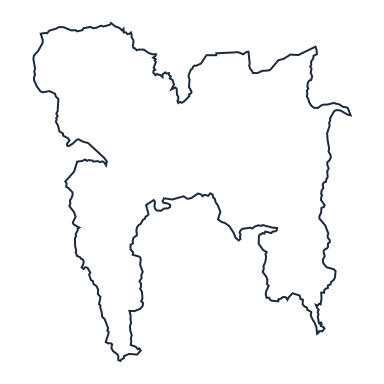 Rio Pardo, Rio Grande do Sul, Brazil (Robinson projection)
{"feature_id": "56859067B39474699620723", "entity_name": "Rio Pardo", "entity_type": "district", "adm_level": 2, "iso_a3": "BRA", "parent_name": "Brazil", "parent_adm1": "Rio Grande do Sul", "projection": "robinson", "projection_center": [-52.435, -30.08], "detail": "fine", "context": "isolated", "style": "outline", "palette": "slate", "viewbox_px": 384, "rotation_deg": 0, "n_neighbors": 0, "source": "geoboundaries", "source_scale": "gbopen_adm2", "svg_char_len": 5879}
<svg xmlns="http://www.w3.org/2000/svg" viewBox="0 0 384 384"><path d="M324.7,256.0L323.5,251.6L324.4,249.7L327.0,248.3L328.0,246.9L328.0,243.5L329.8,242.3L329.7,240.1L327.8,237.6L327.6,235.6L328.4,233.8L325.2,225.4L319.3,218.4L319.5,216.0L321.1,212.8L321.4,208.0L324.0,206.9L324.7,205.2L321.0,200.0L321.1,197.6L322.1,195.4L321.1,193.9L321.8,190.0L323.3,188.4L322.7,184.4L324.1,182.3L326.0,181.8L326.3,179.5L327.7,177.0L327.2,171.5L328.7,168.4L327.3,164.9L327.3,162.2L329.2,160.7L330.7,157.9L330.7,155.3L328.6,151.6L329.1,148.3L327.5,139.3L327.1,133.4L329.7,125.4L329.1,123.2L330.3,120.0L330.0,118.4L334.1,111.3L336.2,110.1L340.3,110.4L347.7,114.7L350.6,115.3L348.0,108.4L346.8,107.4L343.1,106.9L339.3,104.4L333.5,103.0L327.4,104.6L323.6,104.6L320.9,105.6L318.1,107.9L314.4,107.9L311.4,105.9L309.1,102.1L308.3,98.8L306.8,96.6L307.4,93.6L306.8,90.9L308.3,88.3L307.4,86.9L307.8,82.8L309.4,80.5L311.2,79.9L312.2,76.3L310.7,73.0L311.5,68.6L310.2,66.5L311.2,65.2L311.1,61.5L313.2,58.7L313.5,55.8L316.9,54.2L316.6,50.0L315.5,46.7L298.4,55.0L290.4,54.6L283.6,58.9L278.4,60.2L270.6,69.4L269.0,70.4L262.3,70.9L257.3,73.1L252.8,72.9L252.2,71.2L250.1,68.7L249.2,65.7L249.7,63.4L248.5,51.8L246.6,51.9L243.2,54.3L238.2,52.2L216.3,53.3L216.2,55.2L206.5,55.2L201.0,63.5L196.4,65.7L194.5,65.6L193.1,66.7L192.4,68.7L191.0,69.4L189.4,73.2L188.7,74.9L188.7,77.3L189.5,79.3L189.0,87.3L191.3,90.8L191.4,92.9L189.0,94.5L189.4,96.1L183.8,101.7L181.6,102.8L179.7,101.8L178.3,103.0L177.4,101.0L178.3,99.0L178.2,96.4L177.0,94.8L176.7,88.9L175.4,87.5L171.4,89.4L174.0,84.6L172.4,79.8L169.8,78.5L170.8,76.5L169.2,75.4L168.9,73.1L166.6,73.6L165.2,72.4L162.5,74.5L162.5,77.0L159.8,74.7L158.3,74.8L156.9,73.9L155.4,75.2L153.3,72.6L153.5,70.7L155.2,69.8L153.6,67.8L155.9,62.1L154.6,60.4L155.7,59.2L153.1,57.6L155.2,56.3L156.0,54.3L152.1,54.2L148.5,52.9L143.8,49.6L138.6,49.6L136.7,50.3L135.0,48.3L133.5,48.1L132.8,45.6L133.5,42.4L133.3,40.1L131.5,37.0L131.7,35.0L130.9,32.5L129.6,33.7L127.5,34.2L125.9,32.4L123.8,32.5L123.5,28.8L122.0,30.4L119.4,27.9L115.2,26.4L111.0,23.0L109.9,24.8L103.3,26.5L101.0,25.7L96.0,27.9L92.8,28.2L90.7,26.9L83.5,28.2L82.3,30.2L76.9,31.4L75.7,30.2L71.4,30.4L63.2,27.1L58.9,27.1L56.4,28.5L49.2,30.7L47.1,33.3L45.7,32.9L40.7,33.7L42.7,39.8L42.7,42.8L38.1,51.0L33.9,55.7L33.4,59.2L35.1,68.9L34.2,71.5L35.0,74.5L33.9,78.1L34.1,80.4L36.9,86.5L40.6,91.5L42.9,92.3L49.3,91.1L51.5,92.0L55.0,93.8L55.8,96.5L58.4,99.1L57.6,111.2L56.3,113.8L57.7,116.1L56.2,118.1L56.7,119.8L55.8,121.5L58.0,125.6L59.4,131.4L63.0,133.5L63.0,135.6L68.2,138.3L69.5,140.6L66.8,144.0L67.5,146.0L69.2,145.8L73.0,143.4L77.0,139.6L78.5,139.3L82.8,141.6L88.2,143.1L104.3,158.0L106.9,161.6L106.0,165.3L104.6,162.8L102.6,161.4L99.8,162.1L97.9,161.1L93.5,161.6L92.2,160.5L88.3,160.1L86.9,160.9L85.1,159.5L82.1,161.0L77.2,161.6L74.1,171.6L65.3,181.5L66.6,183.3L66.3,187.0L68.2,187.8L72.5,192.4L72.6,194.8L71.4,198.4L70.0,200.2L70.3,203.5L69.4,206.2L74.1,212.2L75.6,216.8L72.8,222.5L73.6,224.4L79.3,227.6L77.7,228.6L77.7,230.3L75.6,234.3L76.1,236.0L75.0,238.3L75.1,245.9L76.2,250.8L75.7,252.5L77.1,256.0L80.0,257.1L80.9,258.7L82.9,259.6L83.7,261.4L83.3,264.2L81.6,267.3L83.6,269.0L85.2,267.2L87.5,267.8L90.3,272.7L89.1,274.5L91.0,280.2L92.8,280.9L93.6,284.1L96.5,286.1L98.1,289.7L97.9,294.0L100.5,297.0L99.0,304.3L100.5,305.6L100.2,307.3L101.7,312.2L102.2,316.8L104.7,319.2L108.1,328.2L107.3,330.6L108.6,331.7L108.3,334.3L105.7,342.0L108.0,343.3L110.9,343.3L112.1,344.3L111.4,348.0L113.1,351.2L117.4,354.3L118.3,356.2L118.3,360.1L120.2,361.0L121.4,359.5L124.0,358.0L124.1,356.1L129.1,353.9L137.1,354.6L140.8,350.5L139.1,348.4L137.8,349.2L135.7,346.7L130.7,345.0L131.3,341.2L130.8,338.7L131.7,335.2L130.4,331.1L129.9,326.3L131.1,322.8L130.4,318.6L130.7,315.7L129.4,310.9L134.5,311.1L140.1,308.8L142.6,306.1L143.1,302.9L141.2,301.5L142.4,298.5L142.2,294.4L141.9,291.6L140.1,288.7L140.9,287.3L141.0,283.6L139.5,281.3L141.7,277.8L141.3,275.3L142.7,271.9L140.1,264.8L140.8,259.5L140.2,257.4L138.7,256.4L132.7,254.8L133.1,252.3L130.6,249.6L130.5,244.9L132.9,243.4L132.7,240.6L133.6,237.6L136.9,235.4L136.4,230.0L137.0,227.5L138.6,225.1L140.7,223.9L142.7,220.1L145.0,218.6L145.5,216.7L147.4,215.7L148.5,214.2L146.1,205.0L153.7,200.1L155.0,201.9L154.5,206.3L154.8,208.2L156.6,210.4L160.8,210.8L164.4,208.5L167.6,208.4L170.1,207.1L170.2,205.0L167.7,203.5L163.6,202.9L162.5,201.2L164.0,198.3L172.2,199.5L183.6,196.3L187.2,198.7L189.0,198.7L191.6,197.9L198.0,193.5L201.4,194.6L202.4,196.2L204.7,194.8L208.3,195.8L210.2,193.3L212.6,194.5L213.2,197.5L214.9,199.0L215.5,202.0L217.7,205.2L220.4,211.8L218.0,219.3L221.6,222.0L224.8,222.9L229.4,226.2L233.8,233.1L235.4,237.6L238.7,240.4L240.5,238.8L239.9,236.4L240.6,234.6L239.6,232.7L240.4,230.6L242.3,228.8L250.5,227.7L252.2,228.5L254.9,226.5L258.3,225.3L260.9,225.9L262.8,225.1L272.4,227.6L277.0,228.0L276.8,230.3L275.2,231.3L272.5,231.6L271.4,233.1L265.3,231.6L264.3,233.6L262.6,233.0L261.5,234.2L259.9,234.4L258.9,236.1L258.7,243.8L263.2,250.1L266.7,252.1L265.5,254.1L266.1,256.7L265.5,261.3L263.4,266.6L263.9,268.5L262.7,271.9L266.3,276.8L267.4,279.6L267.0,283.9L268.7,285.8L266.1,291.4L265.7,294.2L266.6,297.8L269.0,297.7L270.4,300.1L271.8,300.7L278.3,301.3L278.4,299.3L280.6,298.8L283.2,296.9L286.0,297.4L287.4,299.8L288.8,297.2L292.5,293.3L299.7,295.5L300.5,299.0L302.9,299.7L302.6,304.4L304.8,306.7L306.7,307.2L307.2,309.7L311.3,312.0L310.7,315.6L313.1,320.5L314.2,321.7L316.5,327.5L317.1,333.8L318.6,332.6L319.3,331.1L322.4,331.3L324.5,328.3L322.6,326.5L321.2,326.3L320.4,324.9L321.7,324.0L321.0,322.5L318.9,323.1L317.8,316.3L318.5,314.2L317.6,312.1L318.7,309.6L317.1,307.9L315.9,304.9L317.6,305.6L319.1,303.8L320.6,304.4L321.5,298.8L321.2,292.6L324.2,292.7L324.2,290.3L325.8,288.6L327.8,288.1L327.9,285.5L330.5,284.4L331.0,282.2L333.9,279.7L334.9,277.6L335.6,271.2L333.7,269.2L326.7,267.3L323.5,263.5L322.7,260.2L324.7,256.0Z" fill="none" stroke="#1e293b" stroke-width="2"/></svg>